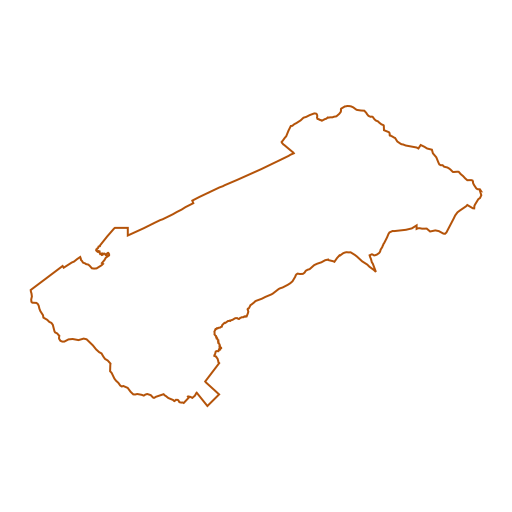 Boroaia, Suceava, Romania (Albers equal-area conic projection), rotated 180°
{"feature_id": "2599482B11697107699974", "entity_name": "Boroaia", "entity_type": "district", "adm_level": 2, "iso_a3": "ROU", "parent_name": "Romania", "parent_adm1": "Suceava", "projection": "albers", "projection_center": [26.298, 47.329], "detail": "fine", "context": "isolated", "style": "outline", "palette": "amber", "viewbox_px": 512, "rotation_deg": 180, "n_neighbors": 0, "source": "geoboundaries", "source_scale": "gbopen_adm2", "svg_char_len": 6093}
<svg xmlns="http://www.w3.org/2000/svg" viewBox="0 0 512 512"><g transform="rotate(180 256 256)"><path d="M397.9,283.5L404.7,275.7L411.0,267.8L412.0,266.5L412.1,265.8L413.4,265.5L414.1,263.8L414.8,263.5L415.2,262.6L415.7,262.5L415.8,261.5L414.3,260.1L414.1,260.1L413.8,260.9L413.5,261.0L412.4,260.6L412.5,259.3L412.0,258.7L411.8,257.9L411.4,257.9L411.0,258.5L410.5,258.5L410.5,257.6L410.2,257.0L409.6,257.1L409.3,257.3L409.4,258.1L409.1,258.5L408.3,258.2L407.5,258.4L406.2,256.9L405.7,256.8L405.8,257.9L405.5,258.0L405.0,257.9L404.7,258.7L404.1,259.1L403.7,259.1L402.9,257.8L402.9,256.6L406.2,254.3L407.5,252.0L410.1,248.9L409.0,248.1L410.5,246.7L415.4,243.6L417.9,243.4L420.1,243.7L422.3,246.2L423.7,247.4L426.0,247.9L426.7,248.5L429.0,249.4L430.0,251.0L431.1,252.2L431.2,253.4L431.8,255.0L434.9,252.9L438.0,250.4L440.2,249.5L448.3,244.3L449.4,246.0L481.3,222.0L481.1,220.4L480.5,218.5L480.1,215.5L480.8,212.6L480.6,210.2L479.7,209.3L475.6,209.1L474.2,208.0L473.3,206.3L472.6,203.3L471.6,200.8L469.0,196.8L468.6,194.4L464.8,192.2L462.7,190.1L460.6,189.1L459.2,187.2L457.5,180.6L456.9,179.6L454.7,178.5L453.7,177.2L452.7,176.3L453.0,173.9L452.8,173.1L451.6,171.2L449.7,170.4L447.7,170.4L443.5,172.6L439.4,173.0L433.5,171.9L428.3,173.4L425.4,172.7L419.1,166.6L415.9,162.6L412.8,159.8L410.5,158.6L408.7,155.5L407.0,153.1L404.3,151.5L401.5,148.4L401.7,147.2L401.9,140.8L400.3,139.0L397.6,133.4L396.0,131.3L393.6,129.1L391.8,126.5L390.2,125.5L388.7,126.0L384.3,124.1L381.4,120.2L378.7,117.6L376.8,117.5L374.8,118.0L370.4,117.2L368.2,116.4L366.7,117.4L364.8,118.0L361.3,116.9L359.0,114.5L358.4,114.2L357.7,114.2L356.1,115.2L348.4,117.8L347.4,116.7L346.2,116.0L343.7,114.0L338.9,112.0L338.0,111.1L337.5,110.9L336.1,112.2L334.3,112.1L333.8,111.8L333.3,111.2L333.0,110.3L332.2,109.7L330.7,109.4L329.4,109.5L328.3,109.0L323.2,114.4L324.1,115.4L323.9,115.6L321.5,115.1L319.7,114.1L317.1,116.3L315.7,118.9L315.3,119.3L304.6,106.0L292.9,117.6L306.2,129.7L306.8,130.5L292.8,148.9L293.6,149.8L293.8,151.1L294.5,153.4L295.8,155.0L295.8,155.4L297.7,156.1L297.6,156.8L296.9,158.0L296.3,160.4L295.5,160.9L293.6,160.8L293.3,161.8L292.8,162.0L293.0,162.4L293.0,162.8L292.6,163.1L292.3,162.6L292.1,162.6L292.2,163.1L291.7,163.2L291.5,163.5L291.3,163.4L290.8,163.8L290.8,164.0L290.9,164.3L291.4,164.5L291.7,165.0L292.0,164.9L292.4,165.1L292.2,165.4L292.2,165.7L292.4,165.9L292.2,166.3L292.4,166.6L292.2,166.9L292.7,168.0L293.6,168.8L293.8,169.2L293.4,169.8L293.9,170.5L293.6,171.0L293.8,171.5L293.7,171.8L294.4,172.3L294.7,173.4L295.4,173.5L295.5,173.9L295.3,174.6L295.9,174.9L296.0,176.0L296.6,176.4L297.5,177.6L297.4,179.0L297.6,180.4L296.9,181.8L296.7,182.6L296.2,182.7L296.1,183.1L295.3,183.2L295.1,183.8L294.7,183.9L294.0,183.8L293.5,184.2L291.9,184.4L291.2,185.0L290.2,185.3L289.8,186.9L287.9,188.8L287.4,189.2L286.9,189.0L286.2,189.4L284.0,191.0L283.0,191.0L282.3,191.4L281.7,191.1L281.1,191.7L279.4,192.2L277.2,193.6L276.1,193.9L274.8,193.9L274.2,193.4L273.1,193.0L272.8,193.1L271.7,194.2L271.1,194.3L270.1,194.8L268.9,194.7L267.6,195.6L266.9,195.7L266.8,195.3L265.4,195.5L264.2,198.5L263.7,200.3L264.4,202.8L264.0,203.4L263.4,203.5L262.9,204.1L261.5,206.9L260.5,207.5L257.5,209.9L257.2,210.4L256.1,211.1L250.1,213.3L246.6,215.1L240.6,217.6L239.2,218.4L233.3,223.0L231.9,223.7L229.4,224.5L224.2,227.2L221.7,228.8L219.5,230.7L216.7,235.4L216.3,236.7L215.5,237.7L214.4,238.4L212.2,238.0L209.4,238.1L208.8,238.3L207.3,239.5L206.7,240.6L206.1,241.3L204.3,242.3L202.8,242.7L202.2,243.0L197.8,246.9L194.8,248.3L190.6,249.7L186.8,251.8L184.1,252.4L184.1,252.1L183.5,251.9L178.6,250.7L177.6,250.2L175.0,253.9L172.5,256.7L172.1,256.4L168.8,258.8L167.3,259.4L165.6,259.8L163.2,259.6L161.4,259.7L157.2,257.1L155.1,255.5L149.9,250.7L144.7,247.4L142.5,245.2L138.2,242.1L136.1,240.1L139.2,248.3L140.2,249.8L141.0,252.9L141.8,254.8L142.4,256.7L140.2,257.7L139.4,257.5L138.2,256.7L137.5,256.6L135.3,257.3L133.0,258.9L132.3,259.7L131.7,261.0L131.4,262.3L129.7,265.0L129.3,266.2L128.9,266.8L128.7,267.7L127.9,268.8L125.0,274.5L123.5,278.1L122.5,279.6L119.4,281.0L117.8,280.9L106.1,282.2L100.2,283.6L95.4,286.6L95.4,283.1L94.1,283.7L92.3,283.8L89.8,283.3L85.3,283.4L81.9,280.5L76.7,281.6L73.2,280.9L68.6,278.4L67.0,278.2L65.6,279.5L58.2,293.7L56.8,296.6L54.5,299.7L52.1,301.5L45.8,305.8L44.7,307.0L39.1,303.7L37.8,303.6L37.6,306.1L37.0,307.4L33.7,312.8L32.0,314.0L30.7,316.8L32.3,322.0L31.4,321.6L32.1,322.7L34.5,322.8L35.7,323.6L37.9,326.9L38.7,328.4L39.0,329.3L39.0,330.4L39.5,331.5L40.9,331.9L44.7,331.8L46.8,333.6L48.9,335.9L51.3,337.9L53.1,340.0L53.4,340.2L54.5,340.3L58.3,340.0L59.2,340.1L61.6,342.5L62.9,343.5L64.6,344.5L67.9,345.3L69.4,346.8L71.3,346.8L72.7,347.6L73.6,349.5L75.7,354.7L79.1,358.7L80.1,362.3L84.9,363.5L87.6,365.2L91.3,367.0L93.6,363.5L95.4,364.5L106.3,366.5L109.1,367.6L109.9,367.6L111.2,368.1L114.7,370.5L116.9,374.0L117.7,374.3L120.0,375.7L120.7,375.9L121.4,376.5L122.2,376.5L122.3,376.7L122.4,378.6L122.6,379.2L123.1,379.8L128.0,381.8L128.2,386.2L128.4,386.7L129.1,387.1L130.5,387.6L132.8,389.4L134.0,390.6L136.2,391.5L137.6,392.8L139.3,395.1L140.1,395.4L141.4,395.2L143.5,396.1L145.0,397.9L145.7,399.1L147.7,401.3L151.1,401.5L155.1,402.1L155.9,402.5L158.7,404.6L160.9,405.6L162.6,405.9L164.7,406.0L166.3,405.6L167.1,405.6L170.9,403.3L171.1,402.2L171.0,401.4L171.2,400.2L172.7,398.2L175.1,396.1L175.8,395.6L177.9,395.3L179.5,394.7L181.8,394.7L183.4,394.3L184.1,394.6L185.7,393.3L187.1,392.9L190.1,391.3L190.6,391.4L191.1,392.0L192.6,392.2L193.1,392.8L194.5,393.1L195.0,394.5L194.8,395.2L194.8,396.7L195.3,397.9L196.0,398.4L197.7,398.6L202.3,396.9L205.8,395.1L208.5,394.3L211.4,391.6L215.0,389.3L215.7,388.8L216.5,388.5L218.3,387.4L219.6,386.2L221.2,386.0L223.5,381.4L225.8,375.7L227.1,374.3L229.2,371.4L230.4,370.0L230.2,369.4L228.6,367.5L227.9,367.1L218.6,359.3L218.2,358.7L221.5,357.3L223.4,356.1L250.7,342.9L274.6,332.2L287.5,326.7L289.1,325.8L292.5,324.6L312.5,315.1L319.7,311.4L318.7,308.8L326.5,304.9L330.4,302.4L335.2,300.0L339.2,297.7L349.4,292.7L351.8,291.9L357.6,289.1L368.2,283.8L384.2,276.5L384.2,284.1L397.1,284.1L397.9,283.5Z" fill="none" stroke="#b45309" stroke-width="2"/></g></svg>